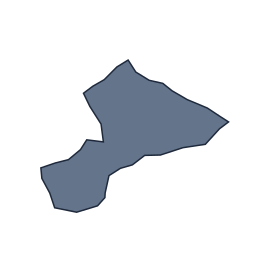 the district of Guéni, Logone Occidental, Chad, rotated 162°
{"feature_id": "50815135B88319439398100", "entity_name": "Guéni", "entity_type": "district", "adm_level": 2, "iso_a3": "TCD", "parent_name": "Chad", "parent_adm1": "Logone Occidental", "projection": "mercator", "projection_center": [15.87, 8.955], "detail": "fine", "context": "isolated", "style": "filled", "palette": "slate", "viewbox_px": 256, "rotation_deg": 162, "n_neighbors": 0, "source": "geoboundaries", "source_scale": "gbopen_adm2", "svg_char_len": 602}
<svg xmlns="http://www.w3.org/2000/svg" viewBox="0 0 256 256"><g transform="rotate(162 128 128)"><path d="M223.2,117.0L225.5,106.7L222.5,90.3L222.4,74.8L202.9,63.8L181.0,63.4L171.9,68.7L171.5,68.9L169.8,73.3L160.8,88.6L147.7,92.0L135.2,91.6L120.6,96.8L105.6,92.3L81.8,92.3L59.5,88.6L41.2,99.0L30.5,102.7L37.1,110.8L46.4,122.5L62.9,136.7L74.7,149.9L81.1,159.7L93.1,166.8L103.3,178.8L106.9,192.6L119.7,189.5L135.7,181.3L148.6,178.6L159.6,174.8L157.6,160.2L152.4,140.1L155.7,122.4L170.9,129.5L179.9,122.1L194.4,116.3L207.8,117.2L223.2,117.0Z" fill="#64748b" stroke="#1e293b" stroke-width="1.5"/></g></svg>